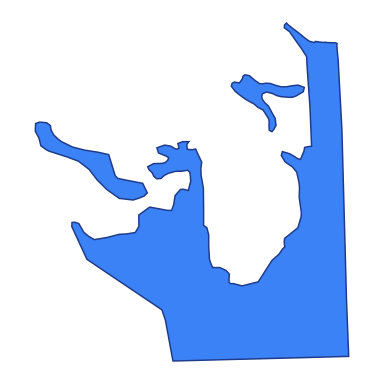 Al-Ganoub, Bur Sa`id, Egypt
{"feature_id": "37247803B91562573257971", "entity_name": "Al-Ganoub", "entity_type": "district", "adm_level": 2, "iso_a3": "EGY", "parent_name": "Egypt", "parent_adm1": "Bur Sa`id", "projection": "albers", "projection_center": [32.225, 31.141], "detail": "fine", "context": "isolated", "style": "filled", "palette": "blue", "viewbox_px": 384, "rotation_deg": 0, "n_neighbors": 0, "source": "geoboundaries", "source_scale": "gbopen_adm2", "svg_char_len": 3053}
<svg xmlns="http://www.w3.org/2000/svg" viewBox="0 0 384 384"><path d="M348.7,356.4L346.5,300.0L341.9,129.4L338.2,60.8L337.2,50.3L337.0,47.4L337.0,46.6L336.9,45.4L336.9,44.3L336.9,44.2L337.0,44.0L337.1,43.8L337.1,43.7L336.9,43.7L336.7,43.3L336.2,43.0L335.8,42.9L333.3,42.8L328.8,42.6L326.3,42.5L325.8,42.3L325.0,42.2L324.2,42.5L322.4,42.3L320.1,42.1L318.2,41.9L318.1,41.7L317.9,41.7L317.7,41.7L316.5,41.7L316.4,41.6L316.0,41.5L315.6,41.6L315.2,41.5L315.0,41.9L314.7,42.5L314.3,42.6L309.3,41.2L306.6,39.3L304.4,37.6L303.2,36.7L300.1,34.0L294.5,29.8L293.3,28.9L288.3,24.9L287.2,24.0L287.0,23.4L286.4,23.0L284.5,25.0L284.3,27.8L289.5,31.6L294.4,38.7L301.4,48.5L306.7,56.8L307.0,65.2L310.0,107.8L311.6,146.3L307.9,146.6L304.6,147.5L304.0,151.1L300.5,159.4L297.8,158.8L294.6,156.6L289.5,153.7L282.4,151.6L281.3,155.5L285.1,161.9L292.5,167.0L296.7,172.1L299.0,182.4L299.5,188.0L299.2,197.3L301.4,213.0L301.0,217.1L297.9,227.7L289.9,234.2L284.6,238.4L284.2,242.1L284.7,247.0L282.6,248.9L279.2,254.0L271.9,260.5L258.3,281.8L242.1,285.9L233.4,283.6L230.4,283.6L229.1,282.1L229.0,278.7L229.4,274.2L226.1,270.5L220.0,267.6L212.6,267.5L210.8,263.4L209.5,259.5L208.7,246.6L208.7,234.8L206.9,227.7L203.6,225.4L203.6,208.4L203.4,188.3L201.1,175.3L200.9,168.3L201.7,162.1L197.5,153.3L195.7,149.0L192.3,149.7L187.3,149.4L186.8,144.4L188.9,141.6L182.6,141.7L177.9,143.5L179.0,148.2L176.2,149.3L170.6,146.1L164.7,145.1L156.9,147.8L158.5,153.0L166.1,156.1L168.6,157.6L167.7,160.4L165.1,162.5L162.1,163.4L153.7,163.6L147.7,166.7L149.0,169.7L152.1,172.6L153.8,176.3L156.7,178.8L161.0,178.5L164.2,175.5L167.9,173.5L175.5,171.3L182.1,171.2L187.5,170.2L189.8,172.2L190.4,176.2L190.7,181.2L188.3,190.5L183.3,189.2L180.4,189.5L175.1,195.6L173.7,204.6L171.6,210.5L166.8,210.3L160.6,209.1L149.7,207.1L138.8,215.0L138.9,226.4L135.3,232.5L126.9,233.9L118.9,234.4L107.9,237.3L101.2,238.5L94.3,239.6L88.6,236.3L83.8,232.3L78.9,223.7L74.8,222.2L72.0,222.5L71.8,226.6L86.9,259.2L86.9,259.3L131.8,289.6L161.9,309.8L165.4,320.1L172.1,356.5L173.0,361.0L348.7,356.4ZM138.3,198.4L143.9,196.2L147.3,192.9L142.7,183.3L127.9,180.5L117.7,178.4L115.1,175.5L108.7,154.6L97.9,152.2L84.9,150.2L72.7,147.1L61.4,141.6L57.4,138.5L53.7,134.9L51.0,129.9L50.4,125.6L46.6,122.7L39.7,122.1L35.6,123.5L35.3,131.2L39.0,138.1L40.9,145.8L46.1,149.6L48.9,151.1L67.0,156.9L78.5,161.2L89.2,169.5L97.2,180.0L106.8,189.5L119.3,198.4L133.1,200.0L138.3,198.4ZM254.8,80.3L249.3,75.6L244.8,74.8L242.9,76.3L242.7,78.1L241.2,80.5L239.3,83.0L234.5,82.0L232.1,83.3L231.3,86.2L235.0,91.1L238.8,94.3L245.3,99.1L248.6,101.0L253.8,103.8L258.0,107.4L263.2,110.1L266.5,115.4L268.7,118.9L269.2,122.1L269.0,124.9L269.1,128.5L269.3,130.3L271.9,131.7L273.9,129.3L276.0,125.5L275.2,118.4L272.1,113.0L268.4,106.0L264.6,102.5L262.4,99.3L261.7,96.8L262.4,93.8L266.5,92.0L272.1,93.4L277.1,95.7L281.2,96.7L288.8,97.3L292.3,97.3L296.2,95.9L301.1,93.0L303.3,91.7L304.3,87.4L298.2,85.1L291.3,85.9L286.1,86.8L281.1,86.8L275.7,85.4L270.5,83.5L266.4,83.2L261.4,83.9L259.4,83.5L254.8,80.3Z" fill="#3b82f6" stroke="#1e3a8a" stroke-width="1.5"/></svg>